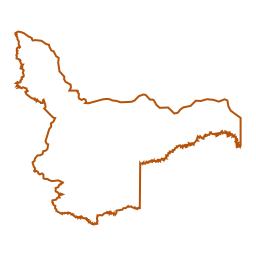 Orellana, Orellana, Ecuador (Mercator projection)
{"feature_id": "8360857B2632512841058", "entity_name": "Orellana", "entity_type": "district", "adm_level": 2, "iso_a3": "ECU", "parent_name": "Ecuador", "parent_adm1": "Orellana", "projection": "mercator", "projection_center": [-76.797, -0.605], "detail": "fine", "context": "isolated", "style": "outline", "palette": "amber", "viewbox_px": 256, "rotation_deg": 0, "n_neighbors": 0, "source": "geoboundaries", "source_scale": "gbopen_adm2", "svg_char_len": 5761}
<svg xmlns="http://www.w3.org/2000/svg" viewBox="0 0 256 256"><path d="M240.6,117.9L230.7,110.7L228.4,106.3L227.4,100.5L224.7,99.3L218.7,101.6L213.7,99.9L207.0,99.2L200.7,101.0L195.8,100.7L190.6,105.9L183.4,107.4L180.7,109.2L177.7,112.8L174.3,113.5L168.1,107.5L159.7,107.8L156.5,105.0L153.8,100.2L152.6,99.6L150.0,99.6L145.6,94.9L143.5,94.5L138.9,96.1L134.6,100.5L131.4,101.8L120.7,102.3L116.5,100.9L112.6,100.5L109.8,99.3L107.2,98.9L103.0,99.3L88.3,103.3L85.3,103.0L86.2,102.1L85.6,99.9L84.9,99.3L83.5,99.0L81.6,99.9L79.2,98.6L78.6,97.1L78.9,93.8L77.8,92.5L77.9,91.3L77.3,91.4L77.0,90.6L69.4,90.6L70.9,87.7L70.6,84.6L65.5,81.8L64.1,79.2L64.3,76.7L59.5,71.4L58.2,62.7L58.7,57.9L56.1,56.2L53.7,51.4L51.3,50.4L49.5,47.0L49.0,44.8L46.0,44.0L41.5,40.8L35.5,40.1L32.9,40.5L32.1,39.7L31.8,38.0L28.2,36.3L24.1,33.3L20.8,32.0L18.0,31.6L15.4,33.1L15.4,33.9L16.5,33.8L16.8,34.7L16.0,35.7L17.2,36.9L17.5,39.4L18.8,41.3L18.7,44.7L20.1,47.0L19.5,47.6L19.3,47.2L17.7,47.5L16.9,48.5L16.8,49.5L17.5,50.6L16.8,50.9L17.0,52.8L17.5,53.2L16.3,55.0L16.8,56.0L16.5,58.4L19.8,59.6L19.6,60.2L20.4,60.7L20.1,61.2L21.5,64.6L23.0,64.6L22.2,65.9L22.3,67.5L21.0,66.8L20.6,68.4L22.0,68.8L23.7,70.3L22.8,72.8L23.6,74.4L23.7,76.4L22.6,77.2L22.0,77.0L21.5,77.7L21.9,79.3L20.4,80.4L20.7,81.8L20.2,82.3L18.5,82.8L17.5,82.0L16.0,83.2L17.0,83.4L17.6,84.8L16.7,86.1L17.9,85.8L19.4,86.5L18.3,87.6L19.9,87.3L21.5,88.3L23.0,87.3L26.5,88.5L26.7,89.8L27.7,91.0L26.2,91.8L24.7,91.5L25.6,92.2L26.5,94.3L31.8,98.3L33.5,98.6L34.5,99.6L34.9,98.9L35.3,99.8L36.3,99.7L36.5,101.1L37.0,100.5L36.6,100.0L37.2,99.6L38.1,101.1L40.6,102.2L40.9,103.0L42.4,103.0L43.1,102.7L43.0,100.2L43.6,99.7L45.2,104.4L45.5,107.2L44.2,108.5L51.7,116.2L53.9,118.0L55.1,118.1L53.4,121.7L50.9,123.4L51.2,126.6L49.2,129.2L45.5,141.2L46.6,143.6L48.2,144.4L47.4,149.0L45.8,150.6L43.3,151.1L42.5,154.1L40.1,155.3L37.6,155.3L35.0,158.5L34.4,161.0L32.7,162.2L32.6,162.8L33.8,166.6L35.1,168.3L34.9,169.8L34.1,170.9L34.8,171.6L36.4,171.0L37.3,171.5L38.2,172.3L38.3,173.4L39.8,174.4L42.0,173.4L43.4,174.6L43.5,178.3L44.8,178.9L47.7,179.0L48.5,179.9L52.0,181.1L58.3,180.4L62.9,182.5L62.5,183.1L61.6,183.1L60.7,184.5L60.2,184.2L59.0,185.1L58.4,187.1L55.7,188.0L55.6,191.2L56.2,191.8L57.7,192.2L58.5,193.6L60.7,193.6L62.5,194.4L59.1,195.5L58.8,196.7L59.4,197.5L57.4,197.7L56.2,199.6L52.4,200.4L52.3,202.5L53.0,202.9L53.0,204.0L54.0,205.3L55.3,205.8L55.0,208.1L56.5,209.7L56.3,210.9L61.0,213.5L61.4,213.2L62.3,213.9L62.7,213.0L64.4,213.4L64.9,212.8L65.8,213.1L67.1,212.7L67.5,213.4L68.2,212.9L68.3,213.4L69.6,212.9L70.5,213.3L71.3,214.5L72.4,214.1L72.6,214.7L73.4,214.6L73.4,215.4L75.0,216.7L75.8,216.4L75.9,217.3L77.6,217.0L77.7,217.4L78.6,217.2L78.5,217.7L79.7,216.9L79.9,217.4L80.4,217.0L80.4,217.5L81.1,217.1L81.2,217.7L81.8,216.8L83.1,218.2L86.0,218.2L85.8,218.8L87.0,219.0L87.0,220.0L87.7,220.0L87.4,220.3L87.9,220.9L88.3,220.6L88.7,221.6L89.6,221.5L89.2,222.4L90.0,222.4L89.9,223.0L90.2,222.6L91.4,223.6L92.2,223.1L92.1,224.0L93.7,224.4L94.6,223.5L95.0,224.1L96.1,223.3L96.7,223.9L97.3,223.7L97.0,222.0L97.6,220.9L96.9,219.2L97.5,215.3L98.6,215.6L99.7,215.0L102.2,215.4L104.0,213.6L105.8,212.9L105.9,212.1L106.1,212.8L107.0,212.9L107.2,212.0L107.9,212.2L108.0,211.8L108.2,212.7L108.8,212.2L109.2,213.4L109.4,212.9L110.1,213.3L110.2,212.8L110.7,213.4L111.0,212.5L111.5,213.6L112.7,213.2L113.5,213.8L113.8,213.3L113.9,214.0L114.3,213.4L114.2,214.1L115.1,213.9L115.3,214.5L116.4,212.9L116.5,210.6L122.2,209.7L123.4,208.2L125.7,208.1L128.2,206.1L128.8,206.8L131.2,206.5L132.3,207.4L134.2,207.9L134.7,207.5L135.1,208.5L136.0,208.2L136.7,208.8L137.8,208.1L137.9,208.5L138.4,208.0L139.0,208.2L139.3,207.7L139.8,207.9L140.2,163.4L140.6,164.0L142.5,163.1L142.8,163.6L143.4,162.8L143.4,163.4L143.8,163.0L145.1,163.7L146.5,161.8L147.4,162.8L148.2,162.7L148.5,161.8L149.1,162.1L149.6,161.3L151.2,161.7L151.5,161.3L150.8,160.9L151.4,160.3L152.5,160.4L152.7,161.4L153.4,160.7L153.3,161.2L155.2,160.9L156.0,161.8L156.7,161.5L157.3,160.3L158.1,161.2L158.4,160.1L159.9,161.1L159.8,160.4L160.2,160.6L160.4,159.8L161.1,159.8L161.6,159.1L162.6,159.6L162.5,158.9L163.6,159.4L164.0,158.7L164.7,158.5L164.7,158.9L165.1,158.2L165.8,158.3L165.5,158.0L166.4,157.5L166.1,156.2L167.4,155.9L167.0,155.3L167.7,155.4L168.3,153.6L169.3,153.4L168.9,152.8L169.8,152.6L169.8,151.5L172.1,151.9L172.4,150.9L172.9,151.3L173.2,149.9L174.4,150.0L175.2,148.1L177.2,147.4L177.0,146.5L177.6,146.7L178.2,145.9L180.0,145.3L180.8,147.0L181.8,146.1L181.9,147.2L182.6,147.8L183.2,145.7L184.9,145.0L185.2,145.6L184.7,146.1L185.9,147.3L187.5,146.4L187.0,144.9L189.3,144.8L188.9,143.2L189.6,143.5L189.4,144.3L190.1,143.9L190.4,145.3L191.7,144.6L191.0,144.4L192.1,143.1L192.8,143.2L192.5,144.1L193.7,144.7L193.8,143.6L196.3,140.5L197.9,140.6L196.9,139.2L197.8,136.4L199.3,137.7L200.1,136.2L201.8,138.2L203.5,138.7L203.5,137.1L205.3,136.4L204.5,135.8L205.4,134.6L205.7,134.8L205.3,135.8L206.7,135.8L207.4,134.9L209.3,134.8L210.1,132.3L211.1,132.3L211.1,133.4L212.6,134.1L215.2,133.8L215.3,134.6L216.5,134.9L216.5,136.0L218.4,134.9L218.1,134.1L216.8,134.3L216.6,133.5L219.3,133.1L219.7,133.9L220.3,134.0L220.2,133.1L221.6,132.6L221.3,131.6L222.1,131.1L222.9,133.3L223.8,132.7L226.0,133.1L225.5,131.5L226.2,131.7L227.0,132.8L227.6,132.7L226.7,133.7L227.5,134.6L227.6,136.4L228.3,136.2L228.0,135.0L229.0,134.7L229.1,132.4L229.7,132.3L230.5,134.4L229.8,134.4L229.8,135.3L231.6,134.5L232.4,133.5L232.0,134.8L232.8,135.2L232.5,136.4L234.4,135.3L234.2,136.8L235.8,136.7L235.8,138.2L237.1,138.9L237.3,140.0L236.4,140.1L237.1,140.8L235.4,141.5L235.7,142.1L236.6,142.0L236.8,143.6L238.0,143.2L237.1,144.5L236.5,144.0L236.8,147.2L237.5,147.0L237.8,146.1L238.8,146.4L238.1,145.3L239.1,144.7L239.6,145.2L239.3,144.3L240.2,146.5L240.6,145.5L240.6,117.9Z" fill="none" stroke="#b45309" stroke-width="2"/></svg>